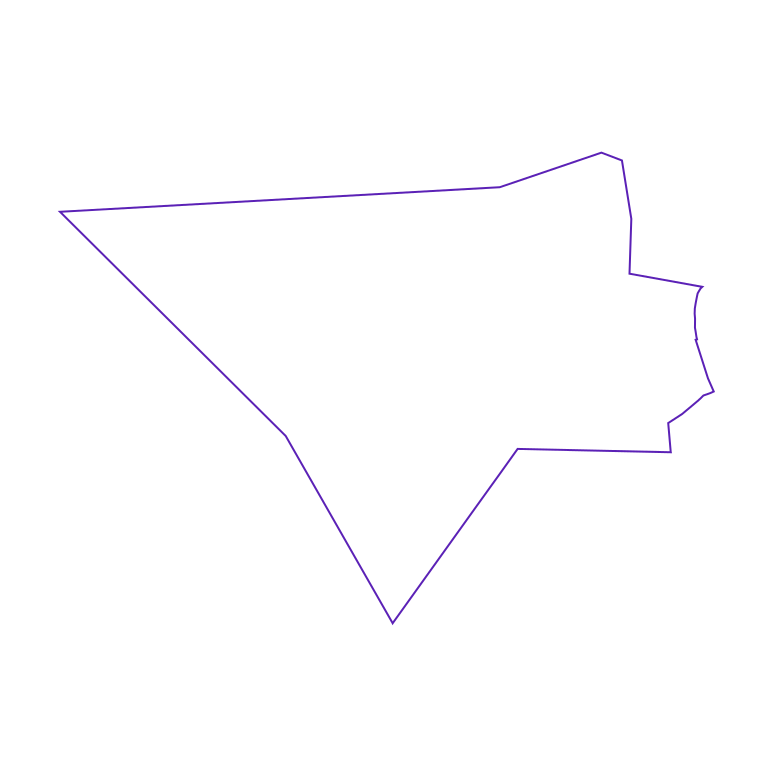 outline of Al-Hammam, Matruh, Egypt, rotated 92°
{"feature_id": "37247803B30384422366927", "entity_name": "Al-Hammam", "entity_type": "district", "adm_level": 2, "iso_a3": "EGY", "parent_name": "Egypt", "parent_adm1": "Matruh", "projection": "natural_earth1", "projection_center": [29.325, 29.822], "detail": "fine", "context": "isolated", "style": "outline", "palette": "violet", "viewbox_px": 768, "rotation_deg": 92, "n_neighbors": 0, "source": "geoboundaries", "source_scale": "gbopen_adm2", "svg_char_len": 855}
<svg xmlns="http://www.w3.org/2000/svg" viewBox="0 0 768 768"><g transform="rotate(92 384 384)"><path d="M442.2,95.0L441.8,95.1L413.1,98.6L403.5,84.9L403.4,84.8L400.7,81.8L391.8,71.9L389.8,69.7L389.7,69.5L388.4,68.3L387.7,67.5L385.1,65.1L384.3,64.3L384.3,64.2L383.5,62.2L382.8,60.3L382.7,60.2L382.4,59.3L382.2,58.9L381.7,57.6L380.0,54.2L369.6,59.2L367.7,60.1L367.4,60.3L328.9,74.1L328.5,72.7L326.0,73.4L320.7,74.4L316.8,75.2L308.0,75.4L302.9,76.0L297.6,76.0L292.1,75.3L285.2,74.2L283.0,73.8L282.5,73.7L282.1,73.5L280.2,72.5L277.4,70.9L275.8,69.3L265.2,142.5L210.3,142.6L152.3,154.0L145.2,174.8L183.3,275.2L223.2,713.8L231.2,705.2L439.4,480.4L501.0,442.3L549.7,412.2L622.6,367.1L622.8,367.0L505.2,288.8L483.9,274.6L470.6,265.7L444.5,248.4L444.2,248.2L444.2,247.3L444.2,246.9L442.2,95.0L442.2,95.0Z" fill="none" stroke="#5b21b6" stroke-width="2"/></g></svg>